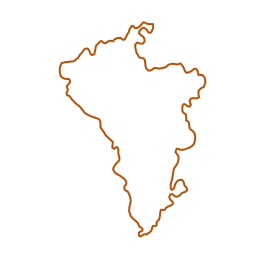 Kirawsk, Mogilev, Belarus, rotated 275°
{"feature_id": "67162791B61593564131840", "entity_name": "Kirawsk", "entity_type": "district", "adm_level": 2, "iso_a3": "BLR", "parent_name": "Belarus", "parent_adm1": "Mogilev", "projection": "robinson", "projection_center": [29.561, 53.344], "detail": "fine", "context": "isolated", "style": "outline", "palette": "amber", "viewbox_px": 256, "rotation_deg": 275, "n_neighbors": 0, "source": "geoboundaries", "source_scale": "gbopen_adm2", "svg_char_len": 4426}
<svg xmlns="http://www.w3.org/2000/svg" viewBox="0 0 256 256"><g transform="rotate(275 128 128)"><path d="M186.4,56.1L185.0,55.5L182.9,55.0L181.6,54.9L179.8,54.9L177.6,55.2L176.4,55.6L174.6,56.2L173.4,56.9L172.2,58.6L171.6,60.7L171.5,62.3L171.5,63.1L171.7,64.5L170.8,65.7L169.0,66.3L167.2,65.4L166.6,64.8L164.1,63.4L162.8,63.8L161.3,64.7L159.1,64.4L157.5,63.7L155.9,64.2L155.0,65.5L154.9,66.8L153.1,68.4L151.6,69.6L150.2,71.2L148.6,73.0L147.2,74.8L146.3,76.4L145.8,77.4L143.2,79.9L141.0,82.1L139.5,83.3L138.5,85.2L137.4,87.4L136.6,89.7L135.9,91.8L135.6,93.8L134.9,96.2L134.3,98.2L133.1,99.3L130.1,100.3L128.1,100.3L126.1,100.6L124.6,101.9L122.1,104.1L119.1,106.1L117.5,108.1L115.6,110.3L114.1,112.5L112.7,114.1L110.5,114.1L108.9,114.0L106.9,114.2L106.1,116.2L107.3,117.2L108.0,118.7L107.0,119.7L104.9,120.4L103.1,120.4L101.0,120.8L99.0,121.6L97.3,122.1L95.8,122.1L94.9,122.1L93.7,121.2L92.4,119.9L91.3,119.1L88.8,117.8L86.7,116.9L85.1,117.0L83.8,117.7L82.5,118.9L81.5,120.4L80.7,122.0L79.9,124.0L78.4,126.4L77.4,128.1L75.6,130.1L74.1,130.9L72.7,131.1L71.8,131.1L71.2,130.8L69.9,129.8L69.1,129.4L67.7,129.5L66.2,130.1L65.4,131.3L64.8,133.1L63.6,134.0L62.1,134.9L59.3,136.1L56.6,136.9L54.5,137.1L51.9,136.7L49.5,136.3L45.9,136.3L43.3,137.1L40.8,138.2L38.2,140.7L36.8,143.0L35.4,144.5L34.4,145.8L33.5,146.5L32.1,147.1L30.8,148.0L30.1,149.6L28.8,151.2L27.8,151.4L26.6,151.0L26.0,149.8L25.3,148.4L24.0,147.9L22.8,148.1L21.3,148.8L21.3,150.4L23.0,152.4L23.6,154.2L23.8,156.4L24.8,157.1L25.9,158.6L27.6,160.1L29.5,160.6L31.3,160.8L32.6,161.5L32.8,162.9L33.0,164.5L34.3,164.9L36.1,164.6L37.1,164.9L38.2,165.8L39.2,166.7L41.4,167.3L43.3,167.4L48.2,167.6L49.5,168.2L49.5,168.9L49.4,171.1L50.2,172.2L51.6,172.7L53.1,174.5L53.8,175.7L54.3,177.0L55.7,178.9L56.9,179.4L58.4,178.8L59.3,177.8L60.4,176.1L62.8,175.1L65.4,175.8L66.0,177.8L65.4,179.1L64.5,180.0L63.8,181.6L63.9,183.2L65.1,185.0L66.5,186.3L67.9,187.3L68.5,188.5L69.0,190.0L70.9,192.3L72.6,192.2L73.4,191.5L75.3,189.8L75.8,189.3L78.4,188.3L79.9,187.6L81.0,186.2L80.8,183.8L79.9,182.3L77.8,180.7L76.1,179.9L73.5,179.4L71.6,179.0L70.2,177.4L71.0,176.0L75.0,175.4L78.8,176.0L80.6,176.4L84.5,176.7L86.6,176.9L90.3,177.1L92.0,177.5L93.7,178.6L96.0,179.8L98.4,180.8L102.0,181.1L104.2,180.7L106.2,179.1L108.0,177.5L110.0,177.7L111.7,178.6L111.6,180.0L110.9,181.1L111.0,182.3L110.9,183.8L111.8,186.7L112.9,189.0L113.9,191.0L115.7,193.3L117.3,194.8L119.9,195.6L123.2,195.8L125.4,195.7L128.3,194.8L129.6,193.8L130.8,192.5L131.9,190.6L133.3,189.4L136.3,188.6L137.9,188.4L139.6,187.6L139.9,186.7L140.8,185.2L142.7,185.2L146.0,184.7L147.3,183.4L147.8,182.2L149.3,180.8L152.8,180.3L155.0,180.5L156.5,181.2L156.7,182.0L156.3,183.2L155.6,184.5L154.8,185.5L154.7,187.7L156.8,188.6L158.2,187.9L160.3,187.0L162.6,187.8L163.4,189.9L163.4,192.9L164.1,195.1L165.1,196.2L166.9,195.4L171.4,195.0L174.6,198.0L175.2,199.8L179.8,201.1L183.1,200.6L185.3,199.6L187.3,197.4L187.1,193.6L190.8,192.4L192.9,190.5L192.6,188.6L189.8,185.8L188.6,183.3L188.1,181.4L189.4,180.0L192.8,178.2L195.1,176.5L196.9,174.5L195.9,172.5L195.6,171.1L195.9,168.4L195.6,165.3L194.4,162.6L192.6,161.1L191.2,158.4L190.0,154.7L190.0,152.4L190.2,149.1L188.4,147.3L187.0,144.6L187.0,143.2L189.0,140.8L191.5,140.0L194.7,139.4L196.7,139.0L198.7,137.6L199.0,135.6L199.2,133.4L200.5,132.1L201.9,131.4L203.2,130.2L205.5,129.2L210.2,128.0L211.9,128.0L213.9,129.7L213.2,132.6L213.2,134.5L213.7,135.8L215.9,137.0L218.4,136.5L220.2,135.2L221.5,133.0L222.7,131.5L223.5,130.6L225.9,131.1L229.0,133.8L228.9,135.9L227.6,138.0L225.4,139.6L224.7,141.2L225.1,142.6L228.6,144.0L230.7,144.4L233.7,143.6L233.4,140.8L233.5,137.6L234.2,136.2L234.7,134.5L233.7,133.3L230.8,131.2L228.9,129.4L228.3,127.7L228.2,126.5L228.5,125.9L229.6,124.7L230.1,124.0L230.0,122.9L228.7,122.1L226.8,121.1L225.2,120.8L224.0,120.5L222.7,119.9L220.9,119.0L218.2,118.0L216.5,117.3L215.5,116.2L215.4,115.3L216.2,114.0L217.0,112.9L217.1,112.0L216.7,110.1L216.3,108.9L215.6,107.8L215.0,106.7L213.2,105.6L213.1,104.1L213.4,102.8L213.0,101.4L211.7,99.6L210.4,98.0L210.5,96.9L211.3,95.4L212.0,94.6L212.3,93.5L211.5,92.4L210.0,91.3L208.8,90.4L207.8,89.4L205.9,88.7L202.9,88.6L200.8,88.3L198.6,87.9L197.8,86.4L197.6,85.2L198.9,84.0L200.2,83.4L202.1,82.3L203.3,81.2L203.6,79.8L203.0,78.2L201.7,77.0L198.9,75.6L197.5,74.2L193.4,72.1L192.1,70.5L190.6,69.2L189.5,67.4L189.2,65.1L188.6,62.7L188.4,61.1L187.8,58.9L186.8,56.2L186.4,56.1Z" fill="none" stroke="#b45309" stroke-width="2"/></g></svg>